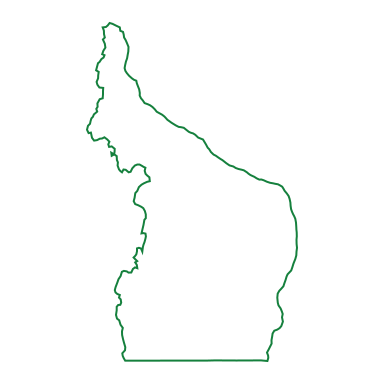 outline of Cachoeira Grande, Maranhão, Brazil
{"feature_id": "56859067B84641252535542", "entity_name": "Cachoeira Grande", "entity_type": "district", "adm_level": 2, "iso_a3": "BRA", "parent_name": "Brazil", "parent_adm1": "Maranhão", "projection": "equal_earth", "projection_center": [-43.956, -3.094], "detail": "fine", "context": "isolated", "style": "outline", "palette": "green", "viewbox_px": 384, "rotation_deg": 0, "n_neighbors": 0, "source": "geoboundaries", "source_scale": "gbopen_adm2", "svg_char_len": 3772}
<svg xmlns="http://www.w3.org/2000/svg" viewBox="0 0 384 384"><path d="M104.0,34.1L104.8,37.5L102.9,39.5L104.8,43.7L105.4,47.6L103.4,50.7L102.2,54.2L104.5,55.2L103.6,57.5L101.4,59.1L99.5,62.0L98.0,63.2L97.0,66.9L96.1,70.3L98.7,71.9L98.2,75.3L98.1,78.3L96.6,81.9L97.4,84.7L99.4,87.5L103.2,87.9L103.0,91.2L103.0,94.3L102.7,98.3L99.7,99.2L97.4,103.4L97.6,106.8L96.3,108.9L97.2,111.6L95.7,112.9L93.9,114.4L92.9,116.8L91.4,118.4L90.6,121.0L90.0,123.8L88.0,125.8L87.0,129.7L88.6,133.1L90.9,132.6L92.0,137.8L94.1,140.6L97.1,140.1L99.8,138.7L102.1,138.5L104.4,137.3L107.2,139.4L109.4,141.7L108.3,144.3L109.1,146.9L111.7,146.4L114.7,148.8L114.6,151.3L114.2,154.4L116.7,156.1L116.9,160.0L117.9,162.3L117.6,165.6L119.0,169.4L120.4,171.1L122.0,172.3L123.5,169.5L125.7,169.8L128.7,172.3L130.6,171.8L132.3,168.3L134.9,165.5L137.4,164.5L139.5,164.5L142.0,165.9L143.6,166.9L145.4,167.7L144.7,170.8L145.6,173.9L147.3,175.6L149.4,177.3L149.8,181.2L147.2,181.8L143.9,183.3L141.5,184.7L138.9,187.1L137.3,190.9L135.3,193.1L134.6,197.7L133.7,201.2L135.2,204.1L138.1,205.2L141.3,206.8L143.3,208.2L144.9,211.1L145.8,214.4L145.8,218.2L144.4,219.8L143.5,224.9L141.5,233.4L143.3,233.1L145.5,233.6L145.9,236.4L145.4,238.8L144.5,242.1L143.5,244.7L142.9,247.0L142.3,251.6L141.0,248.5L138.9,247.8L137.0,248.4L137.0,251.3L136.3,254.4L135.0,256.1L133.6,257.5L135.2,259.2L137.2,261.1L135.2,262.4L136.8,264.9L137.3,268.2L135.0,267.4L132.9,269.0L131.3,272.5L128.5,272.6L126.8,271.4L123.9,270.9L121.9,271.8L120.6,276.1L118.5,279.2L117.4,282.4L115.6,287.1L114.8,290.1L115.5,292.4L117.2,293.9L119.8,295.0L119.0,297.6L120.7,299.4L121.2,302.6L120.3,304.8L118.2,305.0L116.7,306.8L116.7,310.3L116.0,314.9L117.0,318.6L119.2,320.3L120.5,324.7L122.8,327.9L122.0,331.3L122.1,335.0L123.0,339.0L123.9,342.4L125.3,347.2L125.0,350.3L122.3,353.3L122.7,355.8L123.6,357.9L125.2,360.7L177.0,360.6L202.1,360.6L206.5,360.6L214.9,360.4L235.6,360.5L237.5,360.5L261.1,360.4L267.4,361.0L268.3,357.9L268.1,355.5L267.0,352.6L268.6,349.6L269.7,347.4L271.6,343.6L271.5,340.2L272.2,336.3L272.6,333.5L274.3,330.7L277.3,329.6L279.6,328.1L281.3,326.1L282.9,321.6L282.0,317.3L282.7,314.0L281.8,311.3L280.6,308.4L278.5,305.4L277.8,302.8L277.3,297.7L277.7,293.6L279.3,290.8L281.1,288.9L283.4,286.3L284.4,283.2L285.5,280.2L286.6,276.5L287.6,274.3L291.2,270.5L292.3,267.4L293.5,263.5L295.3,259.0L296.3,255.4L296.5,251.6L297.0,247.8L296.6,244.0L296.5,239.7L296.8,236.4L296.7,232.3L296.4,229.6L296.3,227.1L296.0,222.6L295.3,218.8L294.2,216.2L293.1,214.2L292.0,211.7L291.1,209.2L290.6,205.8L290.4,202.6L289.6,198.9L288.6,196.0L286.7,193.3L284.6,190.8L283.4,188.6L282.2,186.7L280.4,185.6L278.0,184.3L275.2,183.8L273.0,183.3L270.1,182.8L266.8,181.7L263.8,180.3L261.4,179.5L259.3,179.6L256.6,178.3L254.3,176.8L252.3,175.9L250.4,175.0L248.5,173.7L246.9,172.3L243.8,170.3L241.6,169.7L238.5,169.0L235.7,168.0L233.4,166.5L229.5,165.4L226.3,163.2L224.3,161.6L222.4,160.1L220.7,159.1L218.3,157.5L215.8,155.7L213.6,154.6L210.9,152.0L209.2,149.2L207.7,147.7L206.0,144.5L203.0,139.5L198.2,137.6L195.3,134.8L193.1,133.4L190.7,132.7L188.8,131.8L186.4,129.9L183.8,127.8L181.1,127.2L178.7,126.9L175.8,125.4L173.2,123.8L171.3,122.6L169.4,121.2L167.4,119.8L165.9,118.1L164.4,116.5L162.1,114.7L159.0,113.0L156.7,111.7L154.8,109.3L152.5,107.0L150.1,105.3L147.7,104.2L144.6,103.1L142.7,100.3L141.0,98.3L139.7,95.6L139.8,93.0L139.2,89.4L137.9,86.1L136.8,83.2L136.3,80.7L134.0,79.8L132.0,78.4L129.1,75.8L126.9,73.2L125.4,70.9L124.6,68.1L125.1,65.3L125.9,61.7L127.1,58.3L127.7,54.7L128.3,51.6L128.5,46.9L126.8,42.7L125.5,39.8L124.1,37.5L123.7,34.6L123.0,31.9L120.3,30.8L119.8,27.4L116.4,25.8L112.6,23.9L109.6,23.0L107.7,25.5L105.9,27.0L102.7,27.4L103.9,30.7L104.0,34.1ZM114.2,154.4L111.3,152.7L111.7,155.8L114.2,154.4Z" fill="none" stroke="#15803d" stroke-width="2"/></svg>